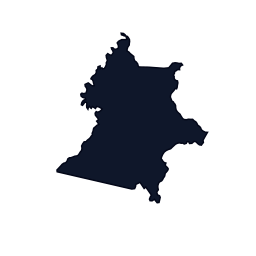 Fraiburgo, Santa Catarina, Brazil, rotated 230°
{"feature_id": "56859067B37752043800288", "entity_name": "Fraiburgo", "entity_type": "district", "adm_level": 2, "iso_a3": "BRA", "parent_name": "Brazil", "parent_adm1": "Santa Catarina", "projection": "natural_earth1", "projection_center": [-50.848, -27.028], "detail": "fine", "context": "isolated", "style": "filled", "palette": "ink", "viewbox_px": 256, "rotation_deg": 230, "n_neighbors": 0, "source": "geoboundaries", "source_scale": "gbopen_adm2", "svg_char_len": 3693}
<svg xmlns="http://www.w3.org/2000/svg" viewBox="0 0 256 256"><g transform="rotate(230 128 128)"><path d="M200.1,166.8L198.9,166.2L197.1,166.1L195.0,165.1L194.3,162.0L196.0,160.9L198.0,160.3L197.7,158.0L195.9,156.8L194.1,156.1L192.7,155.3L192.0,153.4L190.4,152.1L189.4,150.1L188.8,148.2L189.5,146.6L190.9,146.7L191.1,144.8L192.3,145.6L193.5,146.5L194.2,144.4L192.6,142.7L192.6,140.7L190.9,139.5L190.0,137.4L190.4,134.5L190.1,132.5L189.5,131.2L188.0,131.8L186.2,131.4L185.0,130.7L183.7,130.1L182.1,129.4L183.0,127.9L184.8,127.2L186.6,126.9L188.1,126.5L188.5,125.0L189.0,123.1L187.5,122.1L185.8,122.0L184.4,121.6L183.3,120.8L182.6,119.6L181.7,118.3L182.9,116.0L184.3,115.1L184.3,113.6L182.6,112.6L180.8,112.9L179.6,113.6L178.4,114.5L177.0,113.9L177.7,112.5L177.7,110.5L177.0,108.7L175.8,107.2L174.6,107.7L175.0,109.7L175.6,111.7L174.4,112.5L173.1,112.2L171.8,110.7L170.2,109.6L168.2,109.4L169.3,110.9L169.6,112.5L168.1,112.2L166.7,112.5L167.4,114.5L165.7,115.1L163.9,115.6L164.7,117.8L162.9,119.2L160.9,120.0L159.2,120.4L158.8,118.5L158.9,116.7L159.6,114.9L161.0,114.2L160.5,112.4L158.9,111.3L157.1,111.2L155.0,111.2L153.3,110.8L153.4,108.4L151.7,108.3L149.5,107.9L150.0,106.0L149.9,103.8L149.9,101.6L149.0,100.4L148.0,99.2L147.0,97.2L145.5,96.2L145.4,94.6L144.9,93.2L144.7,91.5L144.8,89.1L144.5,87.0L145.6,85.5L144.9,82.9L144.0,80.9L142.9,80.3L141.7,79.4L140.6,77.9L140.3,76.1L139.7,74.3L139.1,72.5L139.6,70.6L140.5,69.3L141.2,67.2L141.9,65.2L142.9,63.9L143.0,62.0L141.9,60.3L141.4,58.0L142.3,56.2L142.5,54.2L142.2,52.5L142.0,50.9L141.8,49.3L141.5,46.6L140.0,45.6L78.8,91.7L77.3,94.1L78.3,96.1L79.8,97.8L78.6,102.3L71.3,101.5L71.3,103.7L61.5,102.8L60.9,100.9L59.7,98.7L58.1,98.2L56.7,99.7L56.4,102.4L54.1,102.3L52.0,102.3L51.0,103.9L52.5,105.9L54.2,108.1L55.9,108.6L57.9,107.6L60.5,108.9L61.2,111.5L63.2,112.6L64.5,113.6L65.5,115.0L66.4,116.7L66.3,118.3L65.9,119.7L66.2,121.3L67.0,123.0L67.4,124.8L68.3,126.1L69.4,127.3L69.6,129.0L70.0,131.1L70.8,132.5L72.4,132.8L74.4,132.4L75.9,133.0L76.8,134.5L78.1,133.6L79.9,133.3L81.5,133.6L83.2,133.6L84.3,135.2L85.5,137.6L86.3,140.4L86.2,142.7L85.7,144.8L84.7,147.3L84.9,149.8L85.0,152.1L85.1,154.0L84.5,156.2L83.6,157.8L82.1,159.0L81.2,160.3L79.6,160.8L78.8,162.8L79.6,164.4L78.4,165.7L76.6,165.2L75.2,167.1L75.3,170.0L73.6,171.3L71.3,171.4L69.2,171.9L67.7,173.2L68.2,174.9L68.4,176.4L70.4,177.6L71.5,180.4L73.6,186.1L75.0,184.5L76.9,183.7L78.3,183.2L79.9,183.2L81.6,183.8L83.3,183.8L85.1,183.2L87.5,183.8L89.3,183.9L90.8,183.3L93.1,183.1L94.4,181.5L95.9,179.9L96.9,177.9L98.5,176.4L100.1,175.9L103.1,176.3L105.2,176.7L106.8,176.4L108.8,176.2L111.0,176.5L113.0,177.6L114.5,178.8L116.1,179.3L117.6,179.2L118.8,179.5L120.6,178.9L121.8,179.4L123.0,179.8L124.5,180.3L125.8,181.8L126.6,183.1L126.9,184.8L127.3,187.5L128.0,189.4L126.8,190.4L127.5,191.7L128.9,193.2L130.5,195.2L132.3,196.2L133.8,195.1L135.3,195.0L136.6,195.4L137.8,196.5L139.4,196.8L139.9,198.5L141.3,200.1L140.9,201.9L140.9,203.6L139.5,205.0L141.0,206.1L141.7,208.4L141.2,210.3L143.3,210.4L144.7,208.5L146.1,207.5L147.7,206.0L149.0,203.7L148.6,202.0L148.3,200.1L147.9,197.9L150.7,193.8L161.3,182.9L167.6,175.7L169.1,175.7L170.8,176.6L173.2,176.8L174.8,176.3L176.4,176.7L177.8,177.4L179.1,178.4L181.3,178.0L183.8,177.5L185.6,177.5L187.5,176.8L188.8,177.8L190.1,179.8L190.8,182.3L191.9,183.3L193.2,184.8L194.9,186.0L196.8,186.3L198.5,186.4L199.9,185.5L198.3,184.8L196.6,184.2L197.3,182.9L198.6,181.4L199.7,180.1L200.1,178.5L200.5,176.4L200.1,174.4L198.0,173.9L196.2,172.8L195.4,171.5L195.8,170.0L196.8,168.3L199.1,168.0L200.1,166.8ZM199.9,185.5L201.2,185.7L203.3,185.3L205.0,183.7L203.6,182.9L202.2,183.8L201.0,184.3L199.9,185.5Z" fill="#0f172a" stroke="#020617" stroke-width="1.5"/></g></svg>